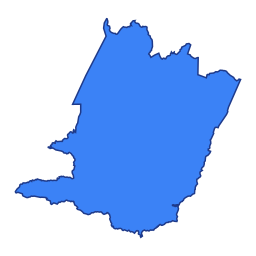 the district of Tabasco, Zacatecas, Mexico
{"feature_id": "50627088B99461969651852", "entity_name": "Tabasco", "entity_type": "district", "adm_level": 2, "iso_a3": "MEX", "parent_name": "Mexico", "parent_adm1": "Zacatecas", "projection": "albers", "projection_center": [-102.953, 21.94], "detail": "fine", "context": "isolated", "style": "filled", "palette": "blue", "viewbox_px": 256, "rotation_deg": 0, "n_neighbors": 0, "source": "geoboundaries", "source_scale": "gbopen_adm2", "svg_char_len": 5799}
<svg xmlns="http://www.w3.org/2000/svg" viewBox="0 0 256 256"><path d="M240.6,79.5L239.1,79.1L239.0,79.6L236.7,80.8L234.8,79.3L233.6,77.4L230.2,75.3L227.5,72.8L226.6,71.5L225.8,71.0L224.3,70.6L223.3,70.7L222.9,70.4L220.1,70.2L218.4,71.5L217.3,71.9L215.8,71.7L213.7,73.0L209.8,73.4L209.5,73.7L209.1,74.7L207.8,74.4L206.8,75.1L207.0,75.5L206.3,77.8L197.9,74.7L198.2,57.6L197.4,57.6L195.5,58.5L194.0,58.3L191.7,56.8L190.7,55.9L190.2,54.9L187.6,53.9L190.7,44.9L189.0,43.5L186.4,43.9L185.5,45.4L181.7,47.2L181.5,48.8L180.1,49.6L180.1,51.1L177.0,54.2L176.2,54.4L174.6,53.5L174.1,52.9L174.2,52.1L173.4,52.6L173.3,53.4L172.9,53.6L172.4,53.4L171.4,52.0L170.9,53.5L170.6,53.6L170.3,55.2L169.6,55.7L168.1,55.8L167.1,56.5L166.3,57.5L166.0,58.6L165.1,58.9L163.9,58.1L163.1,58.3L162.4,59.1L161.4,58.7L160.0,56.4L158.8,53.2L154.8,55.0L150.9,57.4L149.9,55.3L148.7,54.0L148.9,53.5L150.3,51.9L150.4,51.3L151.5,50.4L151.6,49.2L152.5,46.7L152.3,41.2L151.9,39.5L150.7,38.2L150.0,35.8L148.9,35.2L148.1,34.2L148.5,33.1L146.9,29.7L147.0,27.2L145.9,26.5L143.6,26.7L142.9,26.3L142.2,27.1L141.4,27.2L140.1,26.2L138.8,23.9L137.8,23.3L136.3,23.2L135.2,22.5L135.0,21.8L134.4,21.1L134.8,20.6L133.1,20.8L130.7,23.4L131.0,23.6L130.7,24.1L131.4,25.5L130.4,25.2L129.8,26.7L128.1,26.7L126.8,27.5L126.0,27.2L124.6,27.2L123.5,26.7L122.7,27.2L120.9,29.0L117.8,33.4L116.9,34.2L116.0,34.2L115.4,33.4L113.7,33.4L111.3,32.4L110.0,31.2L109.4,29.8L110.0,28.3L109.5,26.2L107.6,25.4L107.2,24.8L107.8,22.6L107.8,21.2L107.1,18.8L106.6,18.7L104.3,23.0L103.6,28.2L106.1,36.2L85.8,75.6L72.6,104.3L80.7,104.2L80.7,112.3L80.0,114.4L78.7,116.8L77.7,123.1L77.0,124.1L75.8,127.2L75.9,128.9L75.6,132.1L75.0,131.4L74.1,130.9L74.0,129.9L73.7,129.7L73.3,130.9L74.0,132.1L73.8,132.7L72.4,133.0L72.0,132.1L70.6,131.8L69.7,132.4L68.8,133.7L67.7,134.4L67.5,135.2L68.1,137.6L67.4,138.4L66.8,138.7L64.5,138.5L62.5,140.3L62.4,141.2L62.0,141.5L61.2,141.3L57.1,141.6L56.0,140.8L55.0,142.1L55.1,143.2L53.0,142.7L52.2,143.2L51.9,144.5L50.6,145.4L50.5,145.8L51.6,147.3L48.7,146.9L48.2,147.2L48.4,147.6L49.6,147.9L50.1,148.5L51.7,148.1L53.2,148.2L55.8,149.9L61.2,151.0L63.0,151.7L63.6,152.7L64.1,153.0L65.9,153.1L66.6,153.8L68.1,153.5L68.6,152.7L69.4,152.4L71.2,153.6L72.6,155.7L73.5,156.3L73.7,157.8L74.7,158.6L75.0,160.0L74.9,160.5L73.6,162.3L74.1,163.9L73.7,165.3L74.8,165.9L73.9,169.6L72.3,170.9L72.1,171.9L72.3,173.2L73.3,175.3L73.7,178.0L72.9,178.6L72.0,178.7L70.0,177.3L68.5,177.5L66.9,177.0L66.2,177.3L64.7,177.1L63.3,176.3L61.7,176.7L61.4,176.3L59.1,176.9L59.4,177.9L58.7,178.7L57.4,178.1L57.2,178.4L57.3,179.5L56.8,180.1L56.8,180.4L56.5,180.5L53.7,180.3L53.0,180.6L50.6,180.2L49.2,180.8L48.0,180.5L47.1,181.1L44.4,180.9L43.0,180.4L41.8,180.7L41.3,180.6L41.3,180.1L40.9,179.9L39.7,179.8L37.3,179.0L36.7,179.8L36.0,179.4L34.0,180.6L33.3,180.5L32.8,180.0L31.9,180.5L31.7,181.3L31.0,180.7L30.2,180.8L28.3,182.5L27.8,182.2L25.7,183.0L23.4,182.9L22.7,183.2L22.5,183.9L21.8,184.2L20.9,184.1L20.0,184.7L19.5,186.9L17.2,188.9L15.4,191.5L15.4,191.9L15.8,192.7L16.2,192.9L18.0,192.3L22.4,193.8L22.6,195.1L23.0,195.9L26.5,197.5L27.9,197.6L28.6,197.2L30.3,196.9L31.2,196.1L32.7,196.3L34.2,196.1L40.6,197.4L41.4,197.2L45.8,197.5L45.8,197.9L47.1,198.4L46.7,198.9L46.6,199.6L47.0,199.9L48.1,200.1L50.2,200.9L50.7,202.9L50.6,203.6L51.4,204.4L52.0,204.2L53.5,203.0L54.6,203.1L57.2,204.1L59.0,202.1L60.0,202.4L61.5,201.4L63.6,201.7L64.0,201.4L64.5,201.6L65.8,200.4L66.8,200.1L67.8,200.8L69.9,201.1L70.9,201.7L71.4,201.2L72.8,201.5L73.3,201.3L74.0,202.0L73.9,202.7L74.3,203.2L74.7,204.9L76.2,205.8L77.7,207.3L76.9,208.4L77.3,208.7L77.4,209.3L80.5,210.2L82.5,211.8L83.8,213.3L86.7,214.0L87.7,214.5L88.3,214.6L90.1,214.1L91.7,212.7L93.3,212.8L94.4,212.1L95.7,211.7L96.2,212.0L97.3,211.7L99.9,212.1L100.9,211.8L101.8,212.4L102.6,213.5L104.0,214.3L106.3,213.5L107.1,212.9L107.1,212.6L107.8,212.6L108.4,213.7L109.4,214.2L110.1,216.6L110.3,217.5L109.8,218.6L109.9,219.6L110.5,220.8L110.8,222.0L111.7,223.5L111.3,225.1L112.1,226.5L112.9,226.1L113.4,226.4L113.2,227.3L114.0,228.2L115.2,228.8L116.7,228.5L117.8,229.0L118.6,228.5L120.7,228.4L121.8,229.1L122.2,230.0L123.1,230.5L124.4,229.8L127.5,231.1L128.9,230.2L130.5,231.9L131.3,231.6L132.7,231.9L134.5,233.2L136.5,230.8L137.1,230.6L137.6,231.0L138.4,231.0L138.7,232.7L138.4,233.5L138.5,234.1L140.8,235.3L140.4,236.5L140.8,237.3L142.4,236.1L141.5,233.5L141.6,232.6L142.7,231.0L144.4,230.0L145.7,230.8L146.6,230.8L147.2,230.4L149.0,231.0L150.4,230.0L152.0,230.2L153.4,229.9L153.7,230.1L154.5,228.8L156.1,228.0L156.4,227.3L157.2,227.2L157.4,226.5L158.2,226.4L158.3,225.7L159.1,225.4L159.5,224.6L160.6,224.5L160.9,225.0L161.5,225.3L162.5,225.2L164.6,224.2L164.8,223.7L166.1,222.7L167.2,222.4L168.1,222.5L168.9,221.8L169.9,222.0L171.1,221.7L172.7,220.7L174.5,221.3L176.9,221.5L177.2,220.5L176.7,218.8L177.0,217.5L177.5,216.7L176.6,215.0L176.6,214.0L178.2,210.1L178.5,208.5L178.0,207.2L178.2,206.1L175.4,206.2L175.1,206.5L174.5,206.0L172.8,205.7L172.5,205.5L172.5,205.0L173.2,204.7L174.7,205.2L177.1,204.7L179.1,204.8L179.7,203.1L181.5,201.5L182.4,201.4L182.8,200.6L183.4,200.3L183.8,199.1L185.2,197.8L188.0,196.2L189.6,196.0L190.5,196.2L192.7,194.2L194.5,193.5L194.8,189.7L195.2,189.4L195.3,187.0L195.8,186.4L195.9,185.7L197.5,183.9L196.8,181.5L196.8,179.3L198.0,178.7L198.6,177.9L199.8,177.3L200.6,176.3L200.7,175.6L200.1,174.2L199.9,172.8L200.3,171.7L202.3,170.4L201.3,169.5L201.8,168.0L203.7,166.1L204.3,163.7L204.2,162.2L205.2,160.9L205.5,157.5L205.8,156.5L206.7,155.8L207.7,155.5L209.6,153.4L210.5,151.7L210.6,151.3L208.3,150.5L208.2,149.1L209.3,148.7L209.7,148.2L209.8,147.2L209.6,146.2L210.8,143.4L210.6,140.7L210.2,140.0L211.1,139.0L213.7,133.4L213.3,132.4L214.5,128.5L215.3,127.4L216.7,127.3L218.1,127.7L218.9,125.7L226.5,114.5L227.8,111.7L227.5,110.6L228.5,107.1L240.6,79.5Z" fill="#3b82f6" stroke="#1e3a8a" stroke-width="1.5"/></svg>